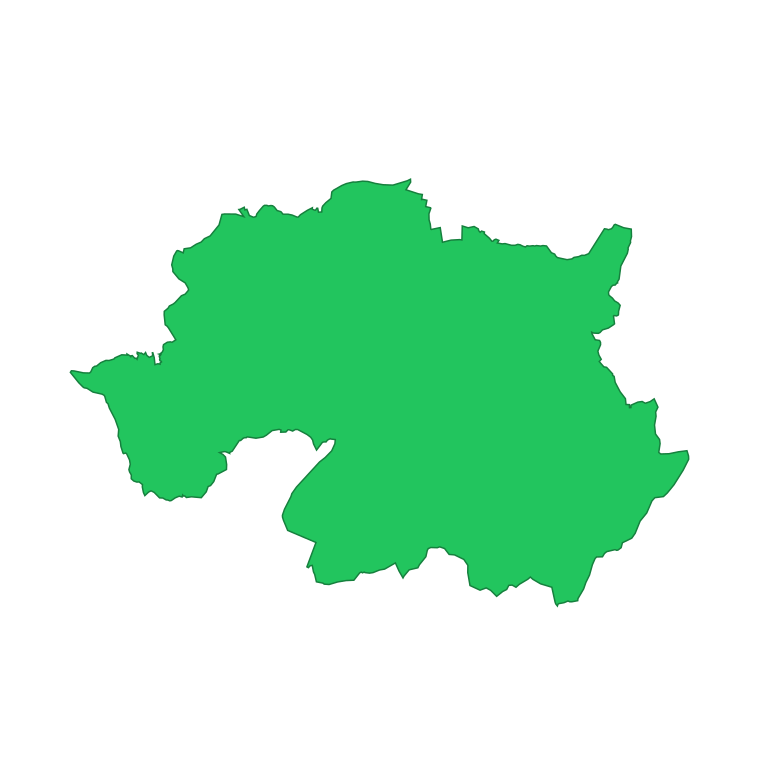 Ilia, Hunedoara, Romania (Equal Earth projection), rotated 98°
{"feature_id": "2599482B21217302662238", "entity_name": "Ilia", "entity_type": "district", "adm_level": 2, "iso_a3": "ROU", "parent_name": "Romania", "parent_adm1": "Hunedoara", "projection": "equal_earth", "projection_center": [22.679, 45.938], "detail": "fine", "context": "isolated", "style": "filled", "palette": "green", "viewbox_px": 768, "rotation_deg": 98, "n_neighbors": 0, "source": "geoboundaries", "source_scale": "gbopen_adm2", "svg_char_len": 6161}
<svg xmlns="http://www.w3.org/2000/svg" viewBox="0 0 768 768"><g transform="rotate(98 384 384)"><path d="M542.4,459.0L550.4,429.3L575.8,434.9L576.4,433.3L574.3,431.9L573.6,429.8L579.8,427.7L582.3,426.1L589.3,423.4L589.7,416.8L590.5,415.4L590.2,410.5L586.5,402.4L583.9,394.1L582.5,386.5L574.4,381.8L573.4,380.3L574.0,379.1L573.0,377.4L573.4,376.6L573.3,372.0L572.3,368.6L568.8,362.5L567.2,357.6L559.6,347.8L567.1,343.1L573.4,338.2L571.5,337.5L564.5,333.2L561.3,324.9L558.1,323.8L549.2,318.5L542.9,318.0L540.8,317.3L539.4,314.9L538.7,308.4L537.5,306.2L538.5,301.1L543.7,295.8L543.4,290.4L546.6,280.5L551.9,275.7L559.1,274.8L571.6,270.8L574.8,260.2L571.7,254.4L573.5,249.6L578.6,242.9L573.0,237.6L570.4,233.9L566.0,232.4L565.3,229.1L566.9,225.0L563.5,222.1L557.3,214.4L554.8,212.2L556.7,209.4L560.1,201.1L561.9,189.5L576.2,184.2L577.9,183.3L579.7,181.4L577.9,181.1L577.2,180.4L575.5,175.3L573.3,171.6L573.8,169.8L573.5,167.6L571.6,162.0L569.6,162.1L559.2,157.8L552.5,156.5L544.6,153.9L534.0,152.5L527.5,150.7L525.7,149.4L524.7,143.6L521.2,142.1L519.0,140.1L515.9,132.2L516.3,130.4L515.8,129.1L513.1,126.4L508.0,125.8L502.2,117.2L496.9,114.5L484.1,111.3L475.2,105.9L462.5,102.4L458.9,100.0L456.6,91.6L452.5,88.3L443.4,82.8L427.8,75.8L416.1,71.8L412.9,72.4L407.9,74.7L410.2,83.1L413.4,92.1L414.8,100.3L413.5,102.4L404.6,102.3L400.6,103.4L395.7,108.2L387.0,110.4L378.1,110.1L373.9,111.1L368.8,109.5L361.1,114.4L364.4,118.0L366.7,122.6L365.4,125.9L366.6,130.1L370.6,136.5L373.0,136.2L373.3,137.6L370.3,138.2L370.6,141.5L364.9,142.9L358.8,149.1L350.2,155.3L344.4,157.2L343.7,158.8L342.2,159.0L336.5,165.9L336.4,168.7L331.8,174.0L329.3,172.3L325.5,175.2L321.7,176.8L315.0,175.0L312.6,175.4L310.9,176.6L310.8,181.0L305.3,185.0L303.8,185.5L304.4,183.6L304.0,178.8L303.0,177.3L300.0,175.2L297.4,169.6L293.3,164.9L292.3,164.1L284.7,166.2L284.2,165.8L284.2,163.1L283.1,161.6L282.4,161.5L279.4,161.8L273.2,161.1L271.2,163.4L269.6,167.2L267.2,169.7L265.1,173.1L264.3,173.9L261.6,174.5L255.9,172.4L254.3,171.0L253.8,168.8L251.3,167.3L251.4,166.8L249.9,166.9L247.5,165.8L234.2,165.9L220.7,161.2L216.5,160.9L215.3,161.3L209.6,159.5L207.9,159.9L203.6,159.4L196.2,160.7L195.9,168.4L193.7,177.2L194.4,178.2L197.1,179.3L198.7,180.5L200.0,183.4L199.6,184.8L199.6,187.3L226.4,199.4L228.7,203.3L229.0,206.1L230.8,209.0L232.2,213.5L234.0,215.4L235.4,220.0L234.7,229.8L233.6,231.5L231.6,233.1L230.7,236.5L224.7,242.3L224.8,245.9L225.6,248.1L225.7,252.3L226.4,253.9L226.3,255.7L227.2,259.1L227.2,261.6L228.6,263.0L228.2,265.7L227.2,268.6L227.1,270.9L228.4,273.5L228.9,277.1L228.1,283.7L228.8,286.4L228.6,291.4L225.8,290.2L225.0,293.3L225.8,294.8L227.3,295.9L227.7,297.0L225.0,299.8L221.2,305.7L219.5,305.7L219.0,308.7L220.4,309.9L218.9,311.6L217.3,312.2L215.5,316.7L217.6,322.4L216.6,328.5L230.5,326.9L230.5,329.2L232.2,337.7L235.5,345.8L221.3,350.1L224.4,358.7L224.1,359.2L219.3,360.4L215.2,362.2L209.2,363.2L203.4,362.1L203.0,362.5L202.5,367.4L196.1,367.1L195.7,372.1L196.8,372.5L191.0,372.4L190.9,376.3L188.6,389.3L180.4,385.7L177.5,386.3L179.5,389.2L185.8,402.8L186.8,412.5L186.6,420.6L185.7,428.2L186.1,433.3L188.0,440.0L188.3,442.8L190.8,449.2L193.3,453.4L199.1,460.9L201.1,462.4L207.6,462.3L212.5,466.8L216.4,469.5L218.3,469.9L222.3,469.6L223.0,472.8L219.2,474.1L219.2,474.9L221.5,476.1L221.6,476.6L220.8,479.5L219.5,479.5L222.6,484.0L228.0,490.3L230.6,492.1L230.8,493.4L229.5,498.4L229.2,502.7L229.9,507.6L227.7,510.1L227.1,514.0L224.0,517.2L223.0,519.1L223.0,520.8L223.8,523.4L223.4,524.7L223.7,527.2L224.8,528.4L229.4,531.4L233.3,533.6L235.9,534.0L236.8,535.8L237.0,536.6L235.9,540.8L230.1,544.1L231.0,546.0L228.4,547.0L231.1,550.9L231.4,552.0L237.8,546.1L236.4,554.4L237.8,565.4L238.6,568.1L249.5,569.5L261.6,576.8L265.1,582.1L268.9,584.8L271.7,589.4L276.1,594.5L277.9,600.7L282.1,601.1L280.7,605.8L280.6,607.0L281.1,607.8L286.6,610.0L295.6,610.8L299.3,609.2L302.1,608.7L308.5,601.7L311.5,595.0L316.1,591.4L318.2,590.6L322.7,593.4L324.8,596.9L332.4,602.2L334.1,603.8L336.6,607.4L339.0,608.4L342.6,611.7L346.2,611.3L355.8,608.9L357.0,606.7L358.5,605.2L369.2,596.3L372.2,599.7L372.0,601.4L372.8,604.4L375.7,607.8L378.0,608.0L380.7,607.3L383.0,607.9L384.6,609.3L385.0,609.0L385.7,610.8L386.1,609.2L387.0,609.4L387.2,610.3L387.9,610.4L390.2,609.3L390.9,609.6L392.1,609.1L392.5,607.8L393.1,607.4L394.4,608.7L395.6,608.5L395.4,610.7L396.7,613.5L389.9,615.2L385.2,617.3L385.3,617.7L388.2,617.0L390.3,620.2L388.7,622.9L386.0,624.5L388.3,625.9L387.1,628.8L387.5,629.4L386.9,632.8L388.4,632.7L389.6,631.2L393.9,632.0L392.9,633.0L393.3,634.3L390.9,637.2L391.3,638.5L392.8,638.4L391.6,639.1L390.1,642.6L391.1,642.3L391.6,647.8L395.5,654.1L396.9,655.0L399.0,659.5L399.3,662.6L402.3,667.5L406.3,671.2L406.7,672.9L408.4,674.7L412.7,676.0L414.1,677.1L414.8,683.1L414.2,692.7L414.4,695.4L416.1,696.2L425.2,686.5L428.8,681.8L429.5,680.4L429.6,677.5L432.5,671.1L433.3,661.7L434.1,659.7L435.1,658.8L440.8,656.3L441.9,654.6L446.1,652.6L456.4,645.3L465.9,640.4L472.6,640.0L477.7,637.1L482.6,635.8L488.8,632.8L489.2,632.3L488.3,630.1L489.1,629.0L494.7,625.4L498.8,624.1L504.3,624.7L506.5,623.7L509.2,621.6L513.0,621.1L514.9,618.3L515.5,615.2L515.1,612.8L517.2,609.2L519.6,609.0L525.0,607.1L527.8,605.3L523.8,602.1L522.2,599.8L523.3,596.5L528.0,590.4L527.7,587.2L529.1,583.6L529.0,582.0L529.5,579.8L529.0,578.4L525.8,574.9L524.0,571.9L523.6,571.1L524.0,568.2L521.9,567.9L522.9,566.8L522.6,565.7L523.9,563.9L522.5,559.0L522.0,549.1L515.5,545.0L510.0,543.9L508.7,541.6L504.3,539.0L496.7,537.2L496.1,535.7L490.6,528.1L485.7,528.6L478.4,530.8L476.2,533.7L474.8,537.3L473.2,532.9L473.1,531.2L474.2,527.2L473.4,527.5L471.6,524.9L460.1,519.4L459.9,518.1L457.3,515.9L456.5,514.4L456.4,513.0L455.4,512.1L455.5,503.3L453.3,496.2L451.1,493.4L445.7,488.3L443.5,481.5L443.9,479.6L446.1,479.6L445.2,474.5L442.7,472.7L442.5,471.6L443.3,467.9L441.4,465.5L441.1,463.1L444.7,453.2L446.9,449.2L449.4,446.9L453.2,445.4L458.8,441.6L450.4,436.9L449.7,435.5L449.4,433.3L447.4,432.2L445.6,429.6L445.9,429.2L445.8,424.5L450.0,424.3L457.5,426.5L465.0,432.0L470.2,437.0L498.2,456.3L505.4,460.0L508.5,460.5L521.8,465.1L528.1,466.3L529.9,466.0L532.9,464.6L542.4,459.0Z" fill="#22c55e" stroke="#15803d" stroke-width="1.5"/></g></svg>